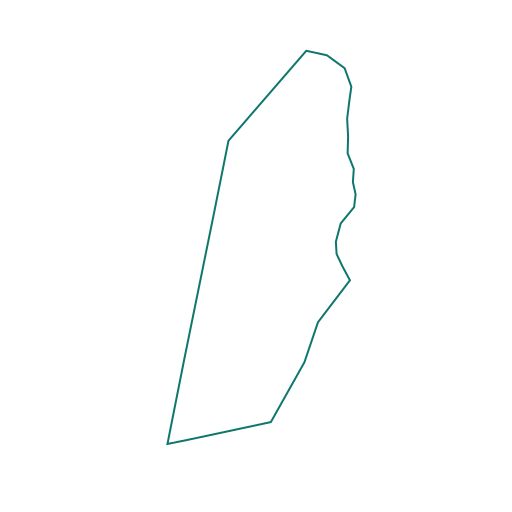 outline of Serra da Raiz, Paraíba, Brazil, rotated 329°
{"feature_id": "56859067B1643562495133", "entity_name": "Serra da Raiz", "entity_type": "district", "adm_level": 2, "iso_a3": "BRA", "parent_name": "Brazil", "parent_adm1": "Paraíba", "projection": "albers", "projection_center": [-35.442, -6.704], "detail": "fine", "context": "isolated", "style": "outline", "palette": "teal", "viewbox_px": 512, "rotation_deg": 329, "n_neighbors": 0, "source": "geoboundaries", "source_scale": "gbopen_adm2", "svg_char_len": 477}
<svg xmlns="http://www.w3.org/2000/svg" viewBox="0 0 512 512"><g transform="rotate(329 256 256)"><path d="M183.2,406.0L242.8,372.0L275.0,344.7L324.0,325.2L324.8,308.9L326.1,295.8L331.8,284.9L345.4,271.7L365.3,264.6L373.1,254.5L377.1,242.6L384.7,231.7L387.4,215.2L396.5,201.0L404.8,185.3L415.9,171.1L424.9,160.0L428.7,140.7L420.2,120.5L404.8,106.0L291.8,143.0L242.0,197.7L140.1,308.9L83.3,371.5L102.7,378.4L183.2,406.0Z" fill="none" stroke="#0f766e" stroke-width="2"/></g></svg>